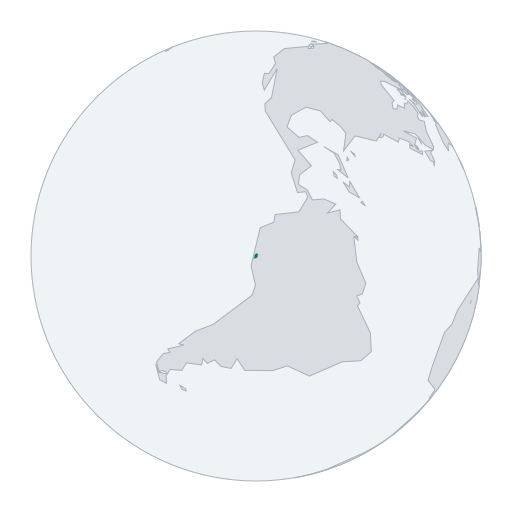 Lima Province highlighted on a globe, orthographic projection, rotated 45°
{"feature_id": "PER-587", "entity_name": "Lima Province", "entity_type": "Captial District", "adm_level": 1, "iso_a3": "PER", "parent_name": "Peru", "parent_adm1": "", "projection": "orthographic", "projection_center": [-76.899, -12.031], "detail": "fine", "context": "on_globe", "style": "filled", "palette": "teal", "viewbox_px": 512, "rotation_deg": 45, "n_neighbors": 0, "source": "natural_earth", "source_scale": "10m", "svg_char_len": 6312}
<svg xmlns="http://www.w3.org/2000/svg" viewBox="0 0 512 512"><g transform="rotate(45 256 256)"><circle cx="256" cy="256" r="225" fill="#eef3f6" stroke="#a8b0b8"/><path d="M193.6,39.5L197.3,38.5L210.1,37.3L213.4,36.2L220.4,36.0L226.8,34.9L227.4,35.6L232.0,34.2L230.3,33.8L231.8,33.2L235.4,32.7L236.7,33.3L235.1,33.7L237.4,33.6L236.5,34.3L239.0,33.7L240.2,35.0L244.4,33.1L249.8,33.7L249.1,34.8L242.2,35.4L223.3,41.7L220.5,44.2L223.5,46.4L243.9,48.5L243.7,51.4L248.6,54.9L251.9,52.5L249.3,49.1L256.8,46.3L252.7,43.2L255.1,41.9L253.8,39.1L261.6,39.0L269.9,40.6L271.4,43.2L275.1,44.3L279.8,41.8L288.5,47.5L304.6,53.2L306.0,55.2L297.8,57.9L282.3,57.1L271.6,63.4L286.2,59.1L289.5,65.2L293.3,66.4L297.6,66.3L299.3,64.1L302.1,66.5L288.7,70.9L286.0,68.7L290.2,67.2L282.9,67.2L273.9,71.4L276.3,74.8L260.2,79.6L261.7,82.3L259.0,85.3L257.7,80.5L259.7,89.7L241.1,101.1L243.6,119.8L232.8,105.6L223.9,104.6L213.2,105.7L213.4,108.6L199.0,107.8L186.0,115.6L181.5,131.4L186.6,142.9L202.6,141.7L207.3,134.4L219.1,132.1L210.8,151.5L231.4,153.0L229.4,167.8L235.4,175.4L245.6,173.0L256.2,176.5L263.7,167.6L275.7,162.9L276.2,175.1L282.7,164.0L289.5,170.0L313.4,170.5L311.6,173.2L331.7,189.1L353.0,197.6L358.0,207.5L355.5,213.0L362.7,215.6L362.8,219.4L391.2,229.5L405.1,242.1L404.2,255.9L391.8,269.8L378.7,303.1L355.9,311.5L348.8,325.3L328.9,344.8L315.2,342.0L317.9,353.0L309.3,358.9L300.1,358.7L297.6,366.3L290.7,366.1L294.6,371.4L282.3,380.9L284.5,389.3L275.3,397.1L276.9,402.1L273.8,401.8L270.3,403.6L269.6,406.3L260.7,401.5L259.4,390.5L263.4,385.0L259.4,384.0L268.1,369.9L263.4,372.7L266.4,351.7L274.1,334.7L280.9,286.6L276.4,277.1L259.4,266.3L239.0,233.0L244.7,219.4L240.2,213.2L255.1,194.4L251.0,177.7L245.7,175.4L240.5,181.8L222.2,172.3L215.7,160.4L160.2,147.0L154.6,142.1L154.9,132.9L138.4,108.4L144.6,132.9L137.8,129.0L132.8,120.8L136.2,117.8L133.6,105.9L127.8,102.9L129.4,89.3L144.7,70.8L146.3,72.3L149.8,68.3L148.1,66.5L146.1,66.3L156.0,55.5L153.3,55.5L173.0,46.6L193.6,39.5ZM47.0,175.9L48.6,171.2L48.4,173.1L47.0,175.9ZM49.1,169.2L48.6,170.6L48.9,169.5L49.1,169.2ZM49.0,168.9L49.0,169.1L48.7,169.4L49.0,168.9ZM48.6,169.2L48.9,168.9L48.8,169.1L48.6,169.2ZM242.6,126.4L266.0,135.6L252.8,137.0L255.3,135.1L249.3,131.3L238.3,128.0L226.6,130.7L242.6,126.4ZM48.7,168.2L48.8,167.9L49.2,167.0L48.7,168.2ZM252.8,115.4L248.7,114.8L252.7,114.6L252.8,115.4ZM144.6,66.8L147.6,66.8L147.5,69.6L144.5,69.8L144.6,66.8ZM145.4,62.7L148.0,61.6L143.8,65.1L143.6,64.6L145.4,62.7ZM249.6,39.4L251.7,39.3L250.8,39.8L249.6,39.4ZM247.1,38.5L244.7,39.4L243.1,39.1L244.7,38.6L247.1,38.5ZM250.4,37.7L240.7,38.6L238.0,38.2L241.5,36.1L250.4,37.7ZM228.2,33.9L230.2,34.3L225.2,34.5L228.2,33.9ZM224.6,34.3L207.1,37.1L205.9,36.8L212.0,35.6L207.9,36.0L215.9,34.4L220.0,33.8L219.2,34.2L222.9,33.4L224.6,34.3ZM232.0,33.0L228.5,33.4L227.3,33.0L234.0,32.2L232.2,32.5L232.0,33.0ZM213.7,34.7L216.0,34.3L202.8,37.2L203.1,37.0L203.7,36.9L213.7,34.7ZM234.3,32.3L237.4,31.8L241.3,31.7L235.2,32.6L234.3,32.3ZM224.2,33.3L223.9,33.2L226.2,33.0L224.2,33.3ZM256.8,31.6L252.7,31.7L251.7,31.4L256.8,31.6ZM238.2,31.7L236.9,31.8L236.0,31.8L238.8,31.5L238.2,31.7ZM225.4,32.8L225.9,32.7L226.2,32.7L228.5,32.4L228.8,32.4L220.3,33.6L223.0,33.2L221.9,33.3L225.4,32.8ZM239.0,31.4L244.1,31.2L251.9,30.9L253.0,31.1L240.2,31.5L239.0,31.4ZM233.0,31.9L236.9,31.5L236.3,31.6L233.2,32.0L233.0,31.9ZM275.4,411.6L261.3,403.2L269.3,407.0L275.7,402.9L282.7,409.3L275.4,411.6ZM293.7,401.3L300.5,399.5L302.0,401.0L297.5,402.6L293.7,401.3ZM420.5,102.1L430.3,114.5L429.0,114.6L423.1,109.7L408.2,92.5L412.8,94.4L407.6,89.4L397.7,81.1L400.0,82.7L396.5,79.9L396.6,80.0L409.0,90.6L420.5,102.1ZM440.6,385.2L441.7,383.2L447.0,375.2L456.4,357.9L471.7,318.1L476.3,302.4L478.8,288.9L480.6,256.8L480.6,241.5L479.8,233.9L478.9,233.8L477.3,224.8L476.3,223.5L465.6,222.4L459.0,210.1L443.3,176.8L442.8,165.7L436.9,152.0L428.8,114.8L433.7,119.0L434.9,119.0L444.0,131.9L452.3,145.4L459.6,159.5L465.8,174.0L471.1,188.9L475.2,204.2L478.3,219.7L480.3,235.4L481.2,251.2L481.0,267.0L479.7,282.8L477.3,298.4L473.7,313.8L469.1,328.9L463.5,343.7L456.8,358.1L449.2,371.9L440.6,385.2ZM439.3,134.5L441.3,138.3L439.3,134.5ZM314.1,170.3L317.0,172.9L313.2,172.7L314.1,170.3ZM251.1,141.7L256.0,141.9L258.6,143.6L254.8,144.3L251.1,141.7ZM292.4,142.1L298.0,143.3L292.2,144.1L292.4,142.1ZM269.7,136.9L287.9,141.7L276.6,144.8L265.1,142.1L273.0,141.1L269.7,136.9ZM250.6,121.7L253.7,122.4L252.8,124.4L250.6,121.7ZM255.6,115.4L254.4,115.6L252.9,114.0L255.6,115.4ZM290.3,64.9L291.5,64.6L295.9,65.1L293.9,65.9L290.3,64.9ZM314.6,62.3L318.5,66.3L314.3,63.8L312.4,65.3L301.4,62.5L306.2,56.0L306.0,59.2L314.6,62.3ZM287.9,57.9L294.4,59.8L287.1,58.0L287.9,57.9ZM376.5,65.7L379.7,67.7L383.6,70.5L384.1,71.4L378.4,67.3L376.5,65.7ZM393.4,77.5L392.6,77.1L390.7,75.4L387.7,73.3L384.5,71.0L393.4,77.5ZM340.7,47.3L341.5,47.8L336.1,46.0L335.8,45.7L329.9,43.5L334.9,45.0L340.7,47.3ZM258.5,34.5L255.9,34.8L255.5,34.4L257.5,33.9L258.5,34.5ZM254.9,31.7L269.8,33.6L267.5,33.8L279.0,35.6L277.4,37.0L270.0,35.6L277.4,38.4L270.1,37.8L275.7,39.9L259.5,36.8L253.2,36.9L260.8,36.1L262.4,34.7L261.3,34.1L253.3,32.8L240.6,33.0L240.2,32.2L243.3,31.7L246.2,31.5L245.6,31.9L250.0,31.4L251.3,31.9L254.9,31.7ZM312.5,37.9L314.8,38.6L317.7,39.3L318.3,39.5L312.4,40.0L313.9,42.4L318.0,45.5L308.6,43.5L298.7,39.7L290.0,36.1L289.9,34.6L285.7,34.3L284.4,33.6L288.3,34.1L281.5,33.1L281.5,32.8L273.7,31.5L263.9,31.0L260.9,30.8L264.7,30.9L260.1,30.8L277.7,31.8L295.3,34.2L312.5,37.9ZM256.1,30.7L252.6,30.9L244.5,31.1L246.6,30.9L247.5,30.9L249.2,30.8L248.5,30.8L256.1,30.7Z" fill="#d9dde1" stroke="#a8b0b8" stroke-width="1"/><path d="M256.4,257.9L256.4,257.7L256.4,257.4L256.2,257.1L255.8,256.9L255.6,256.8L255.5,256.7L255.4,256.6L255.5,256.5L255.4,256.3L255.3,256.2L255.2,256.2L255.1,255.9L255.0,255.6L255.0,255.4L254.9,255.3L254.9,255.2L255.0,254.9L254.9,254.7L255.0,254.5L255.1,254.4L255.2,254.1L255.3,254.1L255.5,254.3L255.4,254.3L255.4,254.5L255.5,254.6L255.7,254.8L255.8,254.8L255.9,254.7L255.9,254.8L256.0,254.8L256.0,255.0L255.9,255.0L255.8,255.3L255.9,255.5L256.0,255.7L256.3,255.6L256.4,255.4L256.5,255.3L256.7,255.5L256.8,255.6L256.7,255.7L256.7,255.8L256.6,256.0L256.8,256.1L256.7,256.2L256.6,256.3L256.7,256.5L256.8,256.5L257.0,256.8L256.9,257.0L256.8,257.3L256.6,257.5L256.5,257.8L256.4,257.9L256.4,257.9Z" fill="#14b8a6" stroke="#0f766e" stroke-width="1.5"/></g></svg>